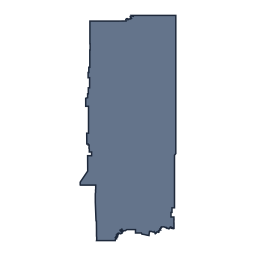 Koorda, Western Australia, Australia (Mercator projection)
{"feature_id": "25037944B75420720277181", "entity_name": "Koorda", "entity_type": "district", "adm_level": 2, "iso_a3": "AUS", "parent_name": "Australia", "parent_adm1": "Western Australia", "projection": "mercator", "projection_center": [117.388, -30.604], "detail": "fine", "context": "isolated", "style": "filled", "palette": "slate", "viewbox_px": 256, "rotation_deg": 0, "n_neighbors": 0, "source": "geoboundaries", "source_scale": "gbopen_adm2", "svg_char_len": 4435}
<svg xmlns="http://www.w3.org/2000/svg" viewBox="0 0 256 256"><path d="M88.3,87.8L88.3,93.8L87.6,93.8L87.6,97.7L86.6,98.0L85.7,98.3L85.7,106.3L88.5,106.3L88.5,133.2L86.7,133.2L86.8,144.0L88.1,144.0L88.1,145.0L89.1,145.0L89.1,146.9L89.0,147.0L89.0,148.4L89.1,148.5L89.3,148.8L89.3,152.0L91.6,152.0L91.6,155.7L87.6,155.7L87.7,171.1L80.3,182.0L80.2,182.3L80.2,184.9L80.3,185.1L90.0,185.1L95.7,185.1L95.7,189.3L95.5,189.8L95.6,192.0L95.5,192.6L95.3,193.6L95.3,202.2L96.0,220.6L96.0,220.8L96.4,221.0L96.5,230.3L96.5,236.1L96.7,237.3L96.7,239.7L96.5,240.6L115.2,240.6L115.4,239.2L116.2,238.9L116.3,238.5L116.3,238.2L116.4,238.3L116.6,238.4L116.6,238.2L116.3,238.0L116.2,237.9L116.3,237.8L116.2,237.7L115.9,237.8L115.6,237.8L115.5,237.7L116.1,237.5L116.2,237.4L116.3,237.3L116.2,237.2L115.9,237.1L115.8,236.9L115.9,236.7L116.0,236.6L116.3,236.6L116.3,236.8L116.5,236.8L116.8,236.7L117.0,236.8L117.3,236.9L117.3,237.1L117.5,237.0L117.5,236.9L117.5,236.7L117.4,236.6L116.7,236.1L116.5,235.9L116.7,235.7L116.8,235.6L117.0,235.6L117.3,235.6L117.5,235.8L117.8,235.7L117.7,235.5L117.5,235.4L117.3,235.3L117.2,235.3L117.1,235.0L116.8,235.2L116.7,235.2L116.5,234.9L116.9,234.7L117.1,234.6L117.3,234.5L117.5,234.6L117.7,234.8L117.8,234.8L117.9,234.7L117.7,234.4L117.3,234.1L117.2,233.9L117.3,233.7L117.5,233.6L117.8,233.6L117.9,233.8L118.0,233.8L118.0,234.1L118.3,234.1L118.3,233.9L118.1,233.6L118.0,233.4L118.1,233.2L118.3,233.1L118.5,233.1L119.1,233.2L119.4,233.2L119.6,233.3L119.3,233.5L119.6,233.6L119.9,233.5L120.2,233.5L120.5,233.7L120.7,233.8L120.8,233.7L121.7,233.3L122.0,233.2L121.9,232.6L121.9,232.4L122.3,232.1L122.5,232.1L122.7,231.9L122.4,231.7L122.1,231.5L121.8,231.7L121.4,231.8L121.2,231.7L121.0,231.4L120.9,231.3L120.8,231.2L120.9,230.6L120.9,230.3L120.9,230.2L120.6,230.3L120.3,230.3L120.1,230.5L120.0,230.4L120.0,230.2L120.5,230.1L121.4,229.4L121.6,229.2L121.8,229.1L121.9,229.4L121.8,229.5L122.0,229.7L122.1,229.8L121.8,229.8L121.7,229.8L121.7,230.2L121.8,230.3L122.0,230.2L122.2,230.4L122.3,230.3L122.6,230.4L122.6,230.5L122.4,230.8L122.5,231.0L122.7,230.8L123.2,230.9L124.1,230.7L125.3,230.7L126.0,230.2L126.4,229.8L126.7,229.7L126.9,229.6L135.5,229.6L135.5,233.0L141.4,233.0L141.5,233.3L141.9,234.1L144.3,234.5L146.7,235.1L149.0,235.5L149.1,234.2L149.5,231.4L149.8,231.3L150.6,231.5L151.0,231.3L153.0,232.0L153.6,232.1L153.8,232.0L154.1,231.7L154.4,232.5L154.4,232.3L154.5,232.2L155.2,232.8L155.1,233.1L155.1,233.5L155.0,234.2L155.6,233.4L156.3,233.0L156.3,232.5L156.7,232.0L157.2,231.9L158.1,232.3L158.7,232.3L158.9,232.1L158.7,231.8L158.4,231.7L158.5,231.3L158.5,230.9L158.8,230.8L159.1,230.9L159.3,230.8L159.2,230.4L159.3,230.3L159.7,230.6L159.8,230.5L159.6,230.0L159.6,229.8L159.8,229.6L160.3,229.7L159.9,229.1L159.9,228.9L160.1,228.9L160.4,228.8L160.7,228.7L160.9,228.6L161.0,228.4L160.9,228.3L160.8,227.4L161.2,227.2L161.6,227.3L161.8,227.2L161.8,226.9L162.0,226.9L163.8,226.8L164.5,227.0L165.4,227.5L165.7,227.4L166.4,228.0L166.5,227.7L167.0,228.1L167.5,228.2L168.2,228.7L168.4,228.7L168.7,228.8L169.0,228.8L169.2,228.7L169.1,228.3L169.6,228.0L170.0,227.7L170.3,227.0L170.5,227.0L170.9,226.9L171.1,227.1L171.6,227.6L171.2,228.0L170.9,227.9L170.8,228.0L171.3,228.3L172.0,228.3L172.1,228.2L171.8,227.8L172.0,227.7L172.2,227.8L172.3,227.7L172.3,227.3L172.5,227.7L172.5,228.4L173.1,228.7L173.7,228.6L174.0,228.5L174.0,223.2L173.9,223.2L173.9,219.6L174.0,219.6L173.9,217.0L171.0,217.0L171.0,212.4L172.0,212.4L172.0,207.8L174.5,207.8L174.5,155.2L175.8,153.6L175.8,66.6L175.8,15.4L131.6,15.4L131.8,15.6L132.1,15.6L132.5,16.0L133.1,16.1L133.3,16.2L133.3,16.3L133.1,16.3L132.3,16.1L132.2,16.1L132.4,16.3L132.2,16.2L131.8,16.0L131.5,15.9L131.4,15.8L131.0,15.8L130.8,16.0L130.6,16.2L130.2,16.4L130.2,16.6L130.3,16.8L130.3,17.0L130.7,17.4L131.1,17.6L131.3,18.1L131.1,18.2L130.8,18.2L130.6,18.1L130.5,18.3L130.8,18.5L131.3,18.4L131.4,18.5L131.2,18.6L130.5,18.7L130.2,18.7L130.2,18.8L130.5,18.8L130.3,19.0L130.2,19.0L130.1,18.9L129.3,19.0L129.1,19.0L128.8,19.1L128.6,19.1L128.4,19.3L128.4,19.2L128.2,19.1L128.1,18.9L127.8,18.8L128.1,19.1L128.1,19.3L127.9,19.4L127.8,19.2L127.7,18.8L127.6,18.7L127.3,18.6L127.1,18.6L126.6,18.7L126.0,19.2L125.9,19.4L125.8,19.5L126.0,20.1L126.0,20.4L126.1,20.6L126.1,21.0L124.8,21.0L118.0,21.1L89.9,21.1L89.9,27.4L89.9,41.9L89.9,43.8L90.1,43.8L90.1,50.0L89.8,50.0L89.8,67.3L88.8,67.3L88.8,72.5L88.1,72.5L88.1,77.7L89.6,77.7L89.6,87.8L88.3,87.8Z" fill="#64748b" stroke="#1e293b" stroke-width="1.5"/></svg>